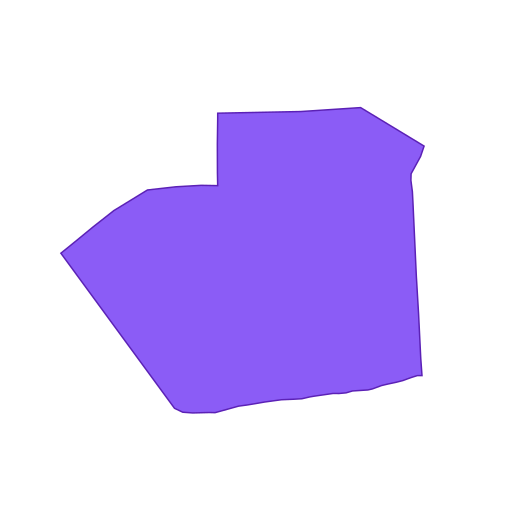 DuqqI, Al Jizah, Egypt, rotated 284°
{"feature_id": "37247803B46347292779018", "entity_name": "DuqqI", "entity_type": "district", "adm_level": 2, "iso_a3": "EGY", "parent_name": "Egypt", "parent_adm1": "Al Jizah", "projection": "mercator", "projection_center": [31.205, 30.043], "detail": "fine", "context": "isolated", "style": "filled", "palette": "violet", "viewbox_px": 512, "rotation_deg": 284, "n_neighbors": 0, "source": "geoboundaries", "source_scale": "gbopen_adm2", "svg_char_len": 882}
<svg xmlns="http://www.w3.org/2000/svg" viewBox="0 0 512 512"><g transform="rotate(284 256 256)"><path d="M88.5,213.8L86.7,222.7L88.4,232.5L92.8,248.4L94.1,254.2L101.4,267.1L106.1,275.4L109.4,283.7L112.6,291.1L116.4,299.7L119.8,308.2L122.7,315.5L124.5,321.6L126.2,327.4L128.6,335.1L132.2,342.1L134.0,346.2L135.8,350.6L138.2,356.5L141.2,363.8L142.7,369.9L145.0,376.5L148.4,382.3L150.0,387.3L153.1,397.0L155.2,401.1L160.7,409.2L163.5,414.6L167.4,422.6L170.7,428.7L173.5,432.8L175.9,436.4L179.0,441.5L180.1,446.0L196.3,440.7L239.0,427.8L275.4,416.4L345.7,395.4L356.2,392.2L366.9,388.0L373.3,386.6L392.4,391.6L403.3,392.5L425.3,321.6L407.0,264.5L385.3,184.3L379.6,185.7L355.3,191.4L327.2,198.5L315.0,201.8L311.3,185.7L303.8,161.6L293.8,134.7L287.9,128.9L265.7,107.1L245.1,91.1L226.1,77.0L211.5,66.0L144.9,146.0L88.5,213.8Z" fill="#8b5cf6" stroke="#5b21b6" stroke-width="1.5"/></g></svg>